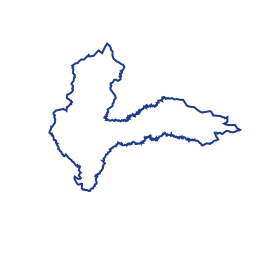 Babahoyo, Los Rios, Ecuador, rotated 313°
{"feature_id": "8360857B44096543508351", "entity_name": "Babahoyo", "entity_type": "district", "adm_level": 2, "iso_a3": "ECU", "parent_name": "Ecuador", "parent_adm1": "Los Rios", "projection": "orthographic", "projection_center": [-79.421, -1.876], "detail": "fine", "context": "isolated", "style": "outline", "palette": "blue", "viewbox_px": 256, "rotation_deg": 313, "n_neighbors": 0, "source": "geoboundaries", "source_scale": "gbopen_adm2", "svg_char_len": 5887}
<svg xmlns="http://www.w3.org/2000/svg" viewBox="0 0 256 256"><g transform="rotate(313 128 128)"><path d="M124.4,147.0L125.8,147.4L125.6,148.1L126.4,147.7L126.5,148.4L127.1,148.2L127.5,148.9L127.7,148.3L129.0,148.6L128.9,148.1L130.4,148.7L131.8,148.0L132.2,147.2L132.5,147.8L133.2,147.1L133.5,148.2L134.1,147.9L134.4,148.6L137.3,149.2L137.3,149.8L137.8,149.8L137.6,150.2L136.0,150.3L136.3,150.9L135.6,151.4L136.4,152.2L135.8,152.6L136.5,153.0L135.8,153.6L136.5,153.9L136.5,154.5L137.2,154.3L137.6,155.2L137.9,154.6L138.3,155.2L139.2,155.2L138.5,155.6L138.9,156.0L138.5,156.7L139.1,156.6L139.2,157.6L140.9,157.0L141.0,156.6L141.9,157.2L143.0,156.7L145.0,158.0L147.1,157.6L147.4,158.2L148.2,157.7L148.4,158.4L149.2,159.0L149.6,158.7L149.5,160.3L149.0,161.0L150.0,161.2L149.6,161.8L150.3,161.8L151.8,164.1L152.8,163.8L152.4,164.3L152.8,164.8L152.0,165.1L153.4,166.1L153.7,167.1L153.0,167.4L153.9,169.2L154.7,169.4L154.6,170.1L155.1,170.4L154.8,171.1L156.1,171.6L155.7,172.3L157.2,172.1L157.3,173.0L156.7,173.3L158.1,173.3L157.5,173.9L158.1,174.3L157.5,174.8L157.8,175.2L158.2,174.8L159.5,175.0L159.9,176.8L159.4,178.6L160.3,179.2L160.1,180.4L160.9,179.6L161.1,180.8L160.7,181.6L161.4,181.8L161.8,180.9L162.2,182.1L163.2,182.7L162.8,183.5L164.9,184.5L164.4,185.0L164.9,186.2L165.9,187.2L166.3,188.6L165.9,190.3L166.4,192.2L165.7,193.5L166.0,194.4L170.5,196.0L172.2,198.7L172.5,198.4L174.7,199.6L176.8,199.6L178.3,200.2L179.1,201.1L181.2,201.7L181.9,198.3L183.7,194.7L184.9,195.9L185.2,196.6L184.9,197.4L187.2,198.3L187.8,201.0L192.9,201.9L194.4,203.8L195.0,206.0L196.5,207.7L198.1,208.8L200.8,209.7L202.0,211.0L203.1,211.3L202.2,207.9L203.2,204.2L198.8,199.7L197.3,197.2L196.8,195.3L199.9,196.5L201.1,195.9L201.4,195.2L203.8,193.3L201.2,192.2L201.3,190.8L200.4,189.8L199.7,187.4L195.1,181.4L196.0,180.3L196.6,177.7L196.3,176.5L190.3,172.0L189.4,170.7L188.7,167.1L188.4,162.1L186.2,159.5L184.5,156.0L186.2,149.1L184.5,147.3L182.3,143.8L180.5,142.3L179.9,139.8L177.6,138.3L177.5,137.3L176.6,136.8L176.4,136.2L175.1,135.7L175.5,135.0L175.1,134.7L175.3,133.2L174.1,132.5L174.1,133.2L173.6,132.8L173.1,133.5L172.3,133.2L171.7,133.7L171.0,133.3L170.8,134.0L170.3,132.7L168.6,131.6L167.6,133.0L166.0,131.9L165.8,132.8L164.6,132.8L164.4,133.5L162.2,133.2L162.6,132.5L161.7,132.3L161.8,131.4L160.4,131.0L160.9,129.2L159.4,129.5L159.8,128.9L159.4,128.6L157.0,128.2L157.6,126.0L156.3,125.8L155.0,127.5L154.5,125.1L152.3,126.1L151.0,125.2L150.0,125.6L149.5,124.8L148.5,125.3L149.1,124.1L148.3,123.9L147.2,124.5L146.6,125.5L145.4,123.7L144.7,124.3L144.8,125.5L143.0,124.0L141.2,125.2L140.7,124.1L141.5,123.1L141.3,122.0L140.3,122.7L139.0,121.3L138.0,121.9L137.7,119.9L137.4,121.8L136.6,121.4L136.6,120.2L136.1,120.5L135.8,122.0L135.3,120.7L134.8,120.4L134.4,121.2L134.9,122.5L133.1,122.7L132.7,121.9L131.7,121.9L131.9,120.0L131.2,119.5L130.2,119.9L129.6,118.1L128.0,118.2L127.4,116.0L126.5,116.0L126.1,114.3L125.3,114.0L125.4,113.0L123.7,113.1L123.1,110.9L121.0,110.0L120.4,107.5L119.1,107.1L118.8,106.5L120.2,106.4L119.9,105.4L120.5,104.9L119.7,104.4L119.5,103.6L120.4,103.4L120.5,104.3L121.4,104.1L122.2,104.5L122.5,103.6L123.4,103.5L123.4,103.0L124.6,103.2L125.2,102.2L126.1,102.5L126.7,102.0L127.7,100.5L133.5,101.7L135.5,100.1L136.7,100.2L139.3,98.7L141.4,98.7L143.0,96.5L144.3,88.9L145.7,87.4L146.8,87.5L147.6,87.0L147.8,85.5L149.3,84.9L149.6,85.4L151.9,85.7L153.6,85.0L155.3,86.3L155.6,88.6L158.7,89.3L159.7,88.0L160.4,87.8L159.8,87.0L160.0,86.6L161.2,87.5L162.0,86.5L162.2,85.3L161.6,84.5L163.7,85.9L164.9,85.4L164.9,83.9L166.6,84.7L170.2,83.7L170.9,81.1L170.2,79.8L169.7,76.3L168.9,74.1L168.9,70.0L170.5,67.1L173.4,64.6L173.6,62.1L174.7,61.0L175.7,58.3L175.4,57.7L175.5,55.2L171.4,56.0L165.1,58.0L164.6,53.6L157.2,53.6L153.9,50.8L154.6,49.4L148.3,49.2L146.2,47.1L143.1,46.7L142.1,47.0L140.8,46.6L139.8,45.7L135.4,44.7L135.3,46.1L134.2,46.2L133.8,48.0L130.7,50.1L130.4,53.2L129.4,53.4L129.0,54.6L128.0,54.4L125.1,56.2L122.8,56.2L121.6,56.9L121.4,59.1L121.2,58.5L120.9,59.5L118.6,60.4L118.7,61.3L118.0,62.1L115.2,62.4L110.5,60.9L108.5,62.6L108.2,63.2L108.8,65.7L108.6,67.1L109.1,67.6L108.7,69.5L107.5,69.1L106.6,70.2L105.8,69.5L103.1,69.7L101.6,69.0L98.7,71.2L98.7,70.1L97.8,68.5L98.0,67.8L91.6,63.4L88.4,63.2L87.4,64.0L87.4,65.9L85.9,66.3L84.7,68.9L82.1,70.9L77.2,71.7L76.6,71.5L76.5,71.0L74.6,72.5L72.7,72.7L71.0,73.7L70.9,75.0L72.0,76.1L71.6,76.7L71.2,76.5L70.7,77.0L70.6,77.6L71.3,78.0L70.7,79.6L68.7,81.8L68.8,82.4L69.6,82.9L69.6,84.3L68.6,84.9L68.6,85.4L68.1,85.4L67.8,86.5L68.1,87.0L67.6,86.9L66.3,90.8L65.1,91.1L65.4,92.5L64.8,93.8L65.1,95.4L63.9,97.7L64.3,98.6L63.6,100.0L64.2,100.8L65.2,100.9L66.1,100.4L66.3,100.8L65.6,105.0L65.9,108.8L65.4,110.1L66.0,111.4L65.0,115.5L66.3,116.2L65.2,117.6L66.2,118.5L67.2,118.4L67.2,118.9L66.7,119.5L63.6,120.7L63.1,124.0L61.0,123.8L59.7,124.5L59.3,127.7L58.5,127.8L56.9,126.6L56.1,122.2L55.0,122.8L54.3,123.7L52.7,128.4L52.6,129.9L53.3,130.9L55.2,131.6L55.8,132.5L52.6,135.1L52.2,136.4L52.2,137.4L53.4,137.9L53.4,139.0L55.0,140.6L55.0,142.1L56.4,143.2L57.8,142.5L59.0,142.7L59.9,143.6L61.9,142.7L62.7,143.4L64.3,142.3L65.7,142.9L67.2,141.9L67.7,140.2L69.1,139.1L70.5,138.9L70.5,137.4L71.5,138.1L71.7,136.8L72.8,137.5L73.7,137.1L74.0,137.8L74.8,137.7L75.6,138.3L77.4,137.3L78.2,137.8L80.1,137.2L81.1,137.3L81.9,136.8L82.2,136.0L83.3,135.9L83.7,135.3L86.4,135.2L86.6,131.7L87.4,132.6L88.3,132.4L89.1,131.0L91.0,131.2L93.7,130.0L94.7,130.9L96.6,130.2L99.2,130.9L100.0,129.3L100.6,129.9L101.9,129.7L102.7,130.2L102.8,129.9L105.1,130.4L106.3,131.5L107.4,131.6L107.9,130.8L109.4,131.3L110.7,130.6L111.1,132.8L112.0,133.2L111.2,133.8L112.1,134.5L111.5,135.0L111.8,136.1L113.0,137.2L113.5,137.1L114.3,138.5L115.3,138.5L114.9,139.0L116.3,138.9L116.5,139.4L117.2,139.1L117.8,139.7L117.6,140.4L118.2,140.2L118.8,141.6L120.1,140.8L121.5,141.1L122.1,143.9L121.5,144.4L122.3,145.3L122.7,145.0L124.4,147.0Z" fill="none" stroke="#1e3a8a" stroke-width="2"/></g></svg>